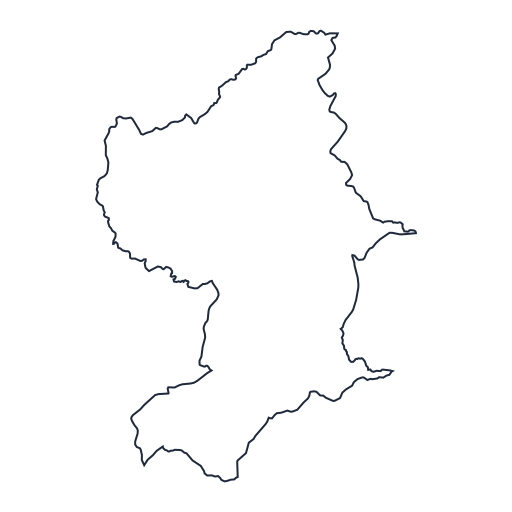 Monapo, Nampula, Mozambique
{"feature_id": "85939544B30642509050116", "entity_name": "Monapo", "entity_type": "district", "adm_level": 2, "iso_a3": "MOZ", "parent_name": "Mozambique", "parent_adm1": "Nampula", "projection": "natural_earth1", "projection_center": [40.158, -14.808], "detail": "fine", "context": "isolated", "style": "outline", "palette": "slate", "viewbox_px": 512, "rotation_deg": 0, "n_neighbors": 0, "source": "geoboundaries", "source_scale": "gbopen_adm2", "svg_char_len": 6034}
<svg xmlns="http://www.w3.org/2000/svg" viewBox="0 0 512 512"><path d="M144.2,465.2L147.6,459.8L152.9,455.2L156.7,450.8L162.8,446.5L163.0,447.8L164.9,449.8L166.8,450.4L168.2,451.4L169.3,451.5L170.4,450.8L172.8,450.6L174.8,449.8L179.9,450.0L181.8,450.5L184.2,452.6L186.5,453.3L192.6,460.5L200.8,465.9L203.9,470.9L204.7,473.5L207.2,475.5L212.0,475.4L214.8,476.5L218.2,476.1L220.3,478.1L221.4,479.9L224.4,481.3L226.5,481.1L230.8,479.7L234.3,479.4L235.9,477.8L237.7,477.0L237.2,461.8L237.6,460.5L246.0,453.1L248.8,442.7L253.6,439.0L255.3,436.0L265.6,424.1L267.2,421.7L268.7,417.7L270.4,418.3L272.1,418.3L274.7,415.0L276.9,413.2L281.3,412.7L287.3,410.6L290.7,411.7L292.4,411.6L297.2,409.8L303.7,402.4L308.0,398.4L309.3,395.8L309.9,392.4L310.5,391.8L314.1,391.3L316.5,391.8L320.1,395.4L323.4,395.7L325.8,397.7L332.5,400.7L334.2,401.0L340.0,398.1L342.4,392.6L346.0,389.4L352.1,385.7L353.9,382.1L357.5,379.1L361.9,377.5L363.6,377.4L367.4,380.0L370.6,378.8L372.3,379.2L377.3,378.5L379.1,377.2L383.4,377.6L386.4,375.6L389.4,374.8L391.5,371.7L392.5,371.1L389.9,370.4L382.9,369.6L382.1,369.7L380.6,371.1L376.6,370.8L373.5,371.8L371.4,371.1L370.4,369.5L368.2,369.9L367.8,367.1L366.3,365.8L364.9,361.5L362.9,359.0L361.7,358.2L360.2,358.7L358.5,358.3L357.2,359.0L356.7,358.8L355.4,359.2L354.7,360.4L353.2,361.8L351.1,361.9L349.1,359.7L348.3,355.9L347.0,354.3L346.9,352.1L346.2,351.5L345.9,350.0L344.6,349.4L344.3,348.9L343.9,345.6L342.4,343.4L342.8,340.0L341.8,337.5L343.0,335.7L343.5,333.3L342.3,330.6L340.7,328.9L342.7,327.3L343.8,323.6L345.6,320.0L351.9,311.8L353.2,309.5L356.1,300.0L358.3,287.7L358.4,284.1L357.7,277.7L354.6,265.7L354.3,262.5L352.2,255.9L352.4,255.1L354.5,255.6L357.6,259.2L358.9,259.9L363.0,259.5L364.5,258.0L366.7,252.6L369.5,248.7L372.6,247.4L375.7,243.4L379.9,239.4L389.5,232.8L392.2,232.8L399.6,234.3L402.9,234.3L415.9,233.2L415.8,232.3L415.4,231.4L414.2,230.5L410.7,230.1L409.4,230.4L408.5,231.4L407.7,231.6L404.4,231.4L402.6,227.6L402.4,225.6L402.7,224.3L400.6,222.5L399.4,222.3L397.3,222.9L394.8,222.4L393.3,222.7L392.1,221.3L388.1,221.2L384.5,221.7L383.1,222.6L380.2,220.7L374.8,219.3L373.1,218.4L369.3,209.0L368.5,204.8L367.5,202.3L366.7,201.6L363.7,201.1L360.7,196.3L355.8,192.7L354.1,187.9L353.2,186.6L351.4,186.0L347.5,185.7L346.2,184.9L346.0,183.0L350.1,179.0L352.1,175.1L351.3,172.3L347.2,164.2L344.6,161.9L341.3,161.8L339.8,160.0L337.6,158.8L334.7,155.4L330.6,153.2L330.3,151.4L331.0,149.2L337.6,141.8L345.2,131.0L346.3,128.6L346.5,126.3L345.8,124.1L344.7,122.6L339.4,118.0L335.7,113.8L333.7,112.5L330.8,112.0L329.8,111.5L329.5,110.7L329.3,109.6L330.4,106.0L335.7,96.1L335.8,94.0L335.3,93.2L333.9,93.5L332.7,95.1L329.8,96.6L327.7,95.8L324.8,93.1L322.4,90.0L319.4,84.8L317.7,80.0L318.1,78.9L325.5,73.8L329.1,69.5L329.8,67.8L330.0,64.7L328.0,57.5L332.5,53.5L335.1,48.7L334.7,45.7L331.3,40.1L332.6,37.9L335.4,37.5L336.7,35.9L337.7,33.4L330.0,33.3L325.4,34.6L324.2,32.8L320.9,30.7L319.5,31.1L318.1,33.2L317.0,33.6L316.0,33.5L313.6,31.2L310.8,30.9L309.2,31.9L308.4,33.9L307.3,34.3L303.6,34.2L299.6,32.8L298.4,32.8L295.8,34.1L294.7,34.0L290.7,31.7L286.3,32.0L279.9,37.5L274.4,40.4L272.0,44.2L271.4,49.0L270.8,50.0L267.8,51.2L266.1,54.0L263.4,54.9L261.3,56.3L257.9,57.2L256.6,58.1L256.1,58.8L256.1,61.8L255.2,63.3L251.0,64.8L247.4,64.7L246.9,65.2L246.8,67.9L245.8,69.2L244.8,69.5L243.3,68.8L242.1,69.1L238.6,73.8L235.7,75.0L235.5,75.9L236.1,78.3L235.4,79.4L233.4,79.8L231.3,79.2L229.7,79.6L228.2,81.3L226.1,82.0L221.9,85.8L219.0,87.6L218.7,89.0L219.2,91.8L219.0,94.0L220.1,96.7L219.6,97.9L218.0,99.5L216.7,102.6L216.1,103.1L214.3,103.0L213.6,105.0L211.0,106.4L207.4,112.0L204.6,114.3L199.7,117.2L198.3,119.0L197.1,122.4L196.1,123.4L194.5,123.4L194.0,122.9L191.2,118.1L186.3,114.4L185.2,115.6L184.9,117.5L182.3,120.1L178.0,121.8L174.5,121.7L171.4,122.4L169.1,124.0L167.1,126.4L161.4,129.3L159.8,129.3L157.0,128.0L155.8,127.9L152.3,131.1L146.2,133.0L143.0,134.6L141.0,133.9L139.1,129.8L132.5,119.0L130.8,117.6L125.8,118.5L123.1,118.2L120.9,116.9L119.4,116.6L116.6,118.1L116.3,119.6L116.9,123.4L115.6,126.3L114.9,126.9L111.5,126.8L110.5,127.4L109.3,129.0L109.2,131.4L108.6,133.2L104.6,140.5L105.9,145.9L105.8,155.1L107.4,158.6L108.4,162.7L107.7,170.3L107.0,172.9L106.0,174.5L104.2,176.3L100.3,178.3L98.8,179.8L97.0,184.9L97.8,185.9L96.8,189.3L97.8,192.4L96.1,199.0L96.9,201.1L98.2,202.8L100.1,204.5L102.5,205.7L103.0,206.7L103.6,210.1L104.7,212.4L104.0,214.3L104.1,215.4L104.9,216.5L108.7,218.1L108.9,219.9L108.2,220.7L108.0,221.9L109.3,226.3L111.1,228.4L112.3,230.7L115.0,232.6L115.6,233.4L115.5,236.9L113.4,241.0L113.1,243.9L113.8,243.9L115.2,242.3L116.0,242.2L117.5,243.6L118.1,247.4L118.5,247.9L120.5,248.5L122.4,250.3L125.8,251.3L127.8,251.2L128.9,251.7L130.1,253.8L130.0,256.7L130.4,258.0L131.5,258.6L135.1,258.6L140.4,261.0L142.0,260.8L143.7,259.5L145.6,259.3L145.7,261.0L144.7,263.2L145.3,266.8L145.8,268.1L149.0,271.1L157.8,266.5L160.8,267.1L162.6,268.9L163.7,269.2L166.2,266.9L168.7,267.6L170.5,268.6L172.1,271.1L172.1,273.1L171.3,273.5L170.7,276.3L171.9,276.8L174.7,276.0L175.8,276.9L175.0,278.8L173.5,279.4L174.0,281.5L176.5,282.0L178.7,281.3L180.4,282.0L182.2,280.9L183.6,281.9L184.1,280.7L185.6,280.2L186.2,280.9L188.0,281.2L188.4,281.8L188.4,282.5L187.4,283.9L188.4,286.9L194.6,288.4L197.5,288.2L202.8,284.0L204.8,284.0L207.2,283.4L210.1,281.3L211.9,280.9L212.8,283.2L217.3,289.9L218.5,293.5L218.5,295.4L216.7,299.4L210.5,306.1L209.5,307.8L208.6,310.6L207.8,319.1L207.3,320.8L205.3,323.1L203.8,326.9L203.6,329.0L204.9,334.1L205.2,337.4L202.7,346.7L201.4,356.6L199.5,360.7L199.6,364.5L200.1,365.1L204.1,366.6L204.9,366.6L206.2,365.7L207.2,365.8L208.4,366.9L209.8,369.4L211.5,370.5L207.2,373.1L197.5,380.7L194.0,382.7L190.7,383.5L182.2,384.3L178.6,385.5L174.7,387.5L168.3,387.3L167.7,388.8L168.6,393.1L168.4,393.5L158.5,394.1L155.1,395.1L144.2,405.0L140.1,409.5L132.7,415.3L131.4,417.4L131.2,418.6L131.9,420.7L134.4,425.1L137.1,428.5L137.8,430.6L137.6,433.7L135.2,441.4L135.2,444.6L136.8,447.0L139.8,448.2L140.7,449.6L141.9,455.0L141.8,459.9L144.2,465.2Z" fill="none" stroke="#1e293b" stroke-width="2"/></svg>